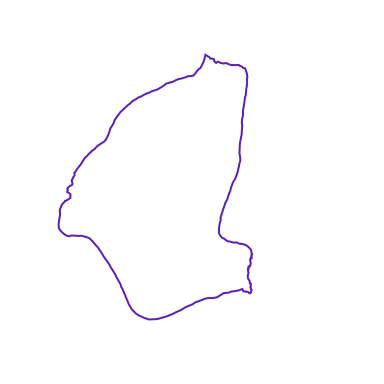 outline of May Aini, Debub, Eritrea, rotated 306°
{"feature_id": "51966322B38754897924097", "entity_name": "May Aini", "entity_type": "district", "adm_level": 2, "iso_a3": "ERI", "parent_name": "Eritrea", "parent_adm1": "Debub", "projection": "mercator", "projection_center": [39.05, 14.783], "detail": "fine", "context": "isolated", "style": "outline", "palette": "violet", "viewbox_px": 384, "rotation_deg": 306, "n_neighbors": 0, "source": "geoboundaries", "source_scale": "gbopen_adm2", "svg_char_len": 5957}
<svg xmlns="http://www.w3.org/2000/svg" viewBox="0 0 384 384"><g transform="rotate(306 192 192)"><path d="M310.9,122.2L310.0,122.5L307.4,123.7L305.6,124.4L303.7,124.9L297.3,126.0L295.9,125.4L294.7,125.2L293.6,125.0L291.6,124.9L290.1,125.0L287.5,124.8L287.0,124.6L286.3,124.1L284.9,122.8L283.8,121.2L283.1,120.6L281.1,119.4L277.3,116.5L275.1,114.4L274.3,114.1L273.3,113.4L270.1,111.8L269.1,111.1L268.0,110.1L266.6,109.0L265.5,108.2L264.3,107.3L263.7,107.1L262.1,106.9L259.1,105.7L258.5,105.5L254.2,103.5L250.8,100.9L249.0,99.8L247.6,99.2L244.6,97.2L242.6,96.1L239.6,94.8L236.8,93.0L234.4,92.2L230.8,90.5L229.6,90.2L227.0,89.9L224.4,89.0L221.6,88.5L220.7,88.2L214.4,87.1L205.0,87.1L203.9,87.4L202.2,87.9L199.5,88.4L196.3,88.5L194.6,88.8L193.3,89.4L190.3,90.3L188.6,90.8L187.3,91.0L185.8,91.2L183.8,91.6L182.7,91.4L181.3,91.4L178.6,90.3L177.7,90.0L176.8,89.5L174.6,88.8L173.5,88.4L169.2,87.9L166.6,86.9L165.6,86.8L163.7,86.4L158.7,85.7L156.5,85.2L153.6,85.5L152.4,85.5L149.6,85.8L145.3,85.6L143.0,85.5L141.3,85.7L139.7,85.9L138.4,85.5L137.5,86.4L137.1,86.6L136.6,87.1L135.9,87.3L134.0,87.2L132.5,87.7L130.9,87.7L129.4,89.3L128.6,90.4L128.0,90.7L127.5,90.8L127.2,90.8L125.3,89.7L121.9,89.0L121.4,89.1L121.1,89.9L120.6,90.5L118.8,90.8L118.6,91.1L118.9,94.3L118.4,95.3L117.5,95.9L116.5,96.3L115.8,97.1L114.0,96.5L110.7,95.1L110.3,94.5L109.3,94.7L108.6,94.5L107.2,94.4L106.6,94.2L105.8,94.2L104.5,94.4L101.2,95.2L100.5,95.3L99.3,95.9L98.7,96.5L98.2,96.7L97.4,97.6L95.4,99.0L93.1,100.0L91.8,100.8L90.0,101.6L89.2,102.1L88.3,102.5L87.6,103.0L85.2,104.9L84.8,105.3L84.2,106.2L83.9,106.9L83.5,108.2L83.3,108.9L83.3,109.6L83.0,110.5L82.8,114.0L82.8,115.0L83.0,115.8L83.5,117.7L83.9,118.6L84.7,119.1L85.4,119.5L85.9,120.0L86.6,121.0L87.2,121.9L87.7,122.7L88.2,123.5L89.2,125.1L90.2,126.6L91.0,127.4L91.8,128.7L92.8,131.3L93.7,133.8L94.0,135.1L94.2,136.1L94.1,137.4L94.0,138.5L93.6,140.5L92.9,143.5L92.8,144.2L92.4,145.4L91.9,148.3L91.7,148.7L91.3,150.0L89.5,154.8L89.3,155.7L88.7,156.7L87.9,158.5L87.7,159.1L87.2,160.4L85.8,165.0L85.1,166.7L84.8,167.6L84.5,168.2L84.1,169.3L83.4,170.4L82.7,172.1L81.7,174.7L81.1,176.0L80.5,177.7L80.0,178.7L78.7,180.9L78.1,182.2L75.8,187.4L74.9,189.0L74.0,190.0L73.6,190.6L72.6,192.9L71.7,194.3L71.5,194.8L70.9,195.6L69.5,198.2L68.1,200.1L67.0,202.1L66.4,203.3L65.4,204.7L63.9,207.1L61.9,211.8L61.2,214.3L61.2,215.4L60.8,217.3L60.7,219.6L60.9,220.6L60.9,221.4L61.0,222.1L61.3,223.5L61.6,224.7L61.9,226.8L62.2,227.9L62.7,229.2L63.2,231.2L63.5,231.9L64.9,233.7L65.3,234.2L66.2,235.4L67.0,236.4L67.8,237.5L69.1,238.7L70.2,239.8L71.2,240.4L73.5,242.3L75.5,243.9L77.1,245.0L79.0,246.2L79.8,246.5L80.5,247.2L83.6,248.9L84.6,249.3L86.7,250.5L87.2,250.8L88.2,251.4L89.5,252.2L90.3,252.5L91.8,253.2L93.6,253.9L95.4,254.7L97.2,255.8L99.1,257.0L100.4,257.7L101.4,258.4L102.7,258.9L104.1,259.3L105.7,260.1L106.0,260.5L106.9,261.2L109.1,262.5L109.7,263.0L110.4,263.5L112.1,264.4L112.7,264.7L114.6,266.4L115.4,267.1L117.0,269.2L118.3,271.2L119.6,272.3L120.2,272.8L121.4,274.0L122.1,274.4L127.9,276.7L128.5,277.0L128.8,277.0L130.0,278.4L130.4,278.9L131.7,280.2L132.0,280.7L132.7,281.3L134.2,282.0L135.0,282.6L135.6,283.5L137.4,285.3L138.5,286.3L139.5,287.4L140.3,287.9L141.9,288.9L143.1,289.9L142.0,291.4L141.9,292.2L142.9,293.5L142.9,294.0L143.3,294.4L144.1,296.0L143.8,297.9L143.9,298.3L144.6,298.5L145.2,298.5L145.5,298.8L145.8,298.7L146.2,298.2L146.7,298.0L147.6,297.9L147.9,297.5L147.9,297.1L148.1,296.7L148.5,296.5L148.8,296.2L148.8,295.9L149.0,295.5L149.8,295.3L150.2,294.7L151.1,294.3L151.6,294.2L152.0,293.8L152.3,293.5L152.0,293.2L152.1,292.6L152.3,292.4L153.4,291.4L154.2,290.2L154.7,289.1L154.7,288.6L154.9,288.2L155.5,287.6L156.0,287.1L157.0,286.5L157.4,286.1L157.7,286.0L158.4,285.9L158.8,285.7L160.1,285.0L160.3,284.5L160.5,284.3L161.6,283.4L162.0,282.8L162.4,282.5L162.7,282.4L163.3,282.9L163.8,282.1L164.2,282.1L164.5,281.9L164.7,281.6L165.1,281.5L165.7,282.6L166.3,282.6L167.5,281.9L168.6,281.6L169.9,280.2L170.5,279.8L170.7,279.3L171.0,279.0L171.5,278.8L172.2,278.9L172.5,278.6L172.9,278.4L173.1,279.1L173.4,279.2L174.0,278.9L174.3,278.1L174.9,278.2L175.3,277.8L175.7,277.2L176.1,277.1L176.6,277.3L177.2,277.2L177.3,276.6L177.8,275.7L179.4,274.5L179.9,273.8L180.7,270.0L180.7,269.2L180.7,268.0L180.7,267.6L180.7,266.7L180.7,266.2L180.1,265.4L180.0,265.1L179.8,263.7L179.0,262.7L178.8,261.6L178.3,261.2L177.9,260.4L177.6,258.4L177.1,257.3L176.7,257.0L175.8,255.6L175.1,254.4L174.7,253.4L174.5,252.7L174.4,252.2L173.4,250.4L173.1,249.2L173.0,246.4L173.0,246.1L173.1,245.8L173.1,245.2L172.7,243.2L172.7,242.7L173.7,239.5L174.5,238.2L175.6,237.2L177.5,235.9L178.0,235.5L179.3,234.8L179.9,234.4L183.0,232.8L185.3,232.1L186.5,231.6L187.0,231.0L187.6,230.5L189.1,229.7L193.9,228.3L195.4,227.6L198.2,226.9L199.1,226.5L200.4,226.2L202.9,225.3L204.4,225.2L206.6,224.9L209.3,223.9L213.3,222.7L213.9,222.7L215.5,222.3L218.3,221.0L221.0,220.3L223.0,219.7L224.6,219.4L228.2,219.2L229.3,218.8L231.5,218.3L232.8,217.8L234.5,217.4L237.7,215.9L239.0,215.4L240.2,215.0L242.6,213.7L244.4,213.2L246.1,212.4L248.3,210.6L249.0,209.9L250.7,208.1L252.2,206.9L253.8,206.0L255.1,204.9L256.3,204.4L257.9,203.1L259.9,202.0L261.6,201.1L263.8,200.2L265.5,199.3L267.1,198.7L269.5,197.2L272.8,195.1L275.0,193.8L276.6,192.3L277.8,191.2L279.8,190.1L280.5,189.6L283.8,188.3L286.9,186.0L289.8,184.4L292.6,183.1L300.4,178.9L301.4,178.8L301.8,178.7L304.3,177.1L306.1,176.1L307.6,175.1L309.3,174.4L310.2,173.9L312.9,172.3L314.1,171.2L316.3,169.7L317.4,169.3L319.0,167.9L321.3,165.3L321.5,164.8L322.5,163.4L323.3,162.2L322.7,161.1L322.5,159.8L322.8,158.5L322.4,157.2L322.2,156.5L322.3,155.6L322.1,154.9L320.8,153.4L317.6,148.8L317.3,147.8L316.8,145.8L316.7,144.9L316.3,143.8L315.5,142.8L314.6,142.2L313.4,139.5L313.0,138.4L312.8,136.9L312.6,136.2L311.3,135.9L310.6,135.7L310.6,134.7L310.8,134.1L310.8,133.2L312.3,131.9L312.2,131.2L311.8,129.8L310.8,128.7L310.8,128.3L311.1,127.6L311.3,126.6L311.1,125.5L310.9,122.2Z" fill="none" stroke="#5b21b6" stroke-width="2"/></g></svg>